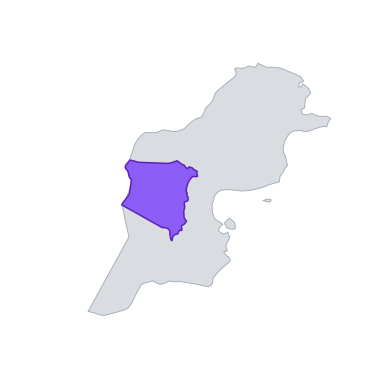 Kebili highlighted on a map of Tunisia, rotated 41°
{"feature_id": "TUN-97", "entity_name": "Kebili", "entity_type": "Governorate", "adm_level": 1, "iso_a3": "TUN", "parent_name": "Tunisia", "parent_adm1": "", "projection": "robinson", "projection_center": [9.372, 33.366], "detail": "fine", "context": "in_parent", "style": "filled", "palette": "violet", "viewbox_px": 384, "rotation_deg": 41, "n_neighbors": 0, "source": "natural_earth", "source_scale": "10m", "svg_char_len": 4576}
<svg xmlns="http://www.w3.org/2000/svg" viewBox="0 0 384 384"><g transform="rotate(41 192 192)"><path d="M266.1,218.7L266.0,219.9L264.8,228.3L264.5,231.4L264.3,236.5L264.3,242.7L267.4,248.0L267.5,250.3L266.3,252.9L260.8,256.0L253.8,259.9L247.7,263.7L241.0,267.8L238.9,270.4L235.6,272.5L232.8,274.5L232.3,276.5L230.4,280.2L227.9,283.1L221.5,284.5L220.3,285.4L217.4,289.9L216.0,291.6L214.4,295.3L216.5,304.7L219.2,314.5L219.8,318.6L219.7,321.9L218.2,325.6L214.8,330.8L212.4,334.6L207.6,341.5L206.2,343.2L202.9,345.2L196.5,347.9L192.0,350.3L189.7,339.8L187.7,330.8L186.1,323.4L183.3,310.3L180.9,299.3L178.5,288.2L176.3,278.2L174.1,268.1L173.2,266.7L166.6,261.9L160.6,257.5L154.3,252.6L147.5,247.1L146.5,240.3L143.0,230.1L139.4,224.3L138.0,222.8L130.6,219.1L126.3,216.4L125.2,214.8L124.3,210.7L121.3,202.4L117.9,194.8L116.7,189.7L116.5,183.3L117.2,178.7L118.8,176.7L126.0,170.9L129.4,164.0L133.5,161.4L137.1,159.4L140.0,157.1L142.6,153.4L144.6,149.5L144.9,145.3L145.8,138.6L147.1,133.9L150.2,128.6L148.9,124.4L147.3,119.8L147.8,111.8L147.4,108.6L146.1,105.7L144.8,102.1L144.8,99.0L146.1,91.0L147.1,84.9L148.7,76.9L148.1,74.7L147.0,73.0L143.5,71.3L143.5,70.2L144.4,69.0L149.5,65.2L152.3,59.5L154.6,58.3L158.1,56.2L157.9,54.0L157.2,51.6L166.3,49.0L174.9,41.9L178.0,40.2L198.0,33.7L200.6,34.2L203.6,35.1L202.7,37.5L201.6,39.5L203.3,42.8L205.7,40.8L205.1,39.4L204.9,37.6L209.1,37.4L212.7,37.7L216.7,39.7L216.5,47.3L221.8,54.8L220.3,58.6L224.7,60.8L228.6,58.1L230.6,54.2L237.7,51.9L244.5,46.2L248.3,45.6L249.1,50.3L251.0,54.4L248.4,55.9L245.2,60.3L239.0,71.4L233.3,74.6L229.0,78.9L227.6,81.9L227.2,85.5L228.3,91.8L231.5,98.3L235.1,102.2L238.6,103.4L246.8,109.5L246.7,113.2L247.9,117.5L248.3,122.8L251.2,127.0L245.2,136.2L241.9,142.8L235.4,152.0L229.6,158.0L217.2,166.8L214.2,169.8L212.2,172.8L211.3,176.0L211.6,179.7L215.8,188.9L221.2,194.4L226.8,197.3L236.4,196.1L236.1,199.6L236.8,203.9L240.8,203.7L243.4,203.0L245.6,198.9L250.3,201.7L252.8,210.4L256.8,213.0L257.3,214.0L255.9,214.7L254.8,215.7L256.0,216.4L259.9,217.5L262.2,216.8L266.1,218.7ZM245.5,194.6L244.6,194.8L242.8,196.1L241.8,196.2L239.1,194.8L238.1,194.8L236.8,193.9L237.2,188.7L237.6,187.2L244.2,187.0L247.8,190.1L248.4,190.9L248.5,191.8L246.9,193.6L245.5,194.6ZM257.2,148.7L251.5,151.9L252.6,149.1L256.3,145.7L257.3,146.5L257.2,148.7Z" fill="#d9dde1" stroke="#a8b0b8" stroke-width="1"/><path d="M136.8,222.3L136.0,222.2L135.2,222.0L134.5,221.6L130.4,218.6L129.0,218.1L127.2,218.0L125.9,217.6L124.9,216.5L124.3,214.4L124.3,208.5L125.0,208.1L132.2,204.6L155.2,186.1L157.2,183.6L160.3,178.2L166.7,177.6L168.0,177.0L168.3,177.0L168.6,177.0L170.0,177.3L172.3,177.6L172.6,177.6L172.8,177.5L173.0,177.3L173.1,177.2L173.2,176.8L173.2,175.8L173.2,175.5L173.3,175.3L173.4,175.2L173.6,174.8L173.7,174.7L174.6,174.3L176.0,173.7L176.4,173.6L177.0,173.9L177.6,173.9L182.5,173.1L182.8,173.9L183.1,174.4L183.8,175.1L184.0,175.3L185.7,176.3L185.8,176.5L185.8,176.9L185.7,177.0L185.1,177.7L183.7,178.7L183.0,179.3L182.8,179.5L182.7,179.6L182.5,179.9L182.4,180.2L182.2,182.0L182.3,183.9L182.6,185.9L183.0,187.6L183.6,189.2L184.6,191.3L186.6,194.7L186.7,194.9L186.8,195.0L187.0,195.1L188.6,195.8L189.0,196.0L189.4,196.3L189.5,196.4L189.7,196.8L190.2,197.7L190.4,197.9L190.5,198.0L190.8,198.2L191.0,198.3L191.7,198.2L191.9,198.2L192.0,198.2L192.2,198.3L194.0,200.2L194.3,200.7L194.4,200.9L194.5,201.2L194.5,201.4L194.4,201.7L194.1,202.3L194.1,202.5L193.2,203.9L193.1,204.1L193.0,204.4L193.0,204.8L193.1,205.1L193.2,205.3L196.2,208.0L196.7,208.7L198.2,211.5L198.7,212.2L200.2,213.8L202.4,216.1L203.1,216.7L203.9,217.0L204.5,217.2L204.9,217.2L205.2,217.2L205.5,217.2L205.9,217.3L206.6,217.5L206.9,217.7L207.1,217.9L207.1,218.1L207.2,221.6L207.1,221.9L207.0,222.2L206.5,223.5L206.3,224.1L206.3,224.3L206.4,224.6L206.5,224.8L206.7,225.0L206.9,225.2L208.4,226.4L209.3,227.3L209.4,227.7L209.4,227.9L209.3,228.0L208.9,228.1L208.5,228.3L208.3,228.3L208.2,228.4L208.1,228.6L207.9,228.9L207.9,229.1L207.9,229.9L208.1,231.3L208.2,231.6L208.5,232.1L208.7,232.5L208.7,232.9L208.6,233.1L208.2,233.8L207.3,234.9L207.2,235.1L207.1,235.3L207.0,236.2L206.9,238.0L207.0,238.4L207.0,238.6L208.5,241.2L208.6,241.5L208.7,241.8L208.5,242.0L208.3,242.0L208.1,242.0L207.9,242.0L207.5,241.8L206.6,241.3L202.6,238.0L201.4,236.5L201.2,236.4L200.9,236.1L200.6,235.9L199.9,235.7L199.3,235.5L198.9,235.5L197.6,235.6L196.7,235.8L195.8,236.1L195.0,236.6L193.5,237.9L193.1,238.2L192.1,238.6L148.2,247.7L147.5,247.9L147.0,246.4L146.7,241.8L146.2,235.5L145.7,234.1L141.9,228.2L138.4,222.6L137.6,222.1L136.8,222.3Z" fill="#8b5cf6" stroke="#5b21b6" stroke-width="1.5"/></g></svg>